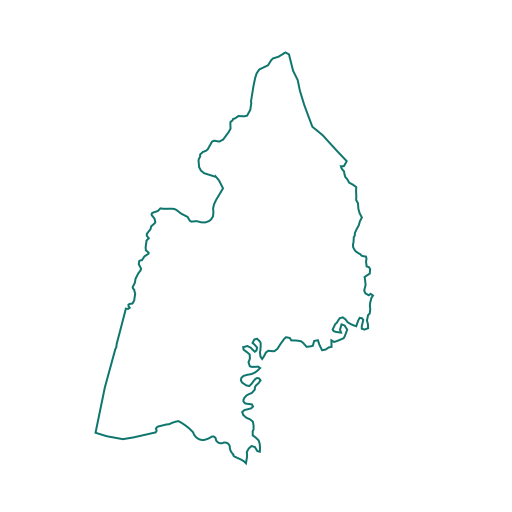 the district of Koundara, Koundara, Guinea, rotated 281°
{"feature_id": "49546643B96982587885478", "entity_name": "Koundara", "entity_type": "district", "adm_level": 2, "iso_a3": "GIN", "parent_name": "Guinea", "parent_adm1": "Koundara", "projection": "mercator", "projection_center": [-13.495, 12.338], "detail": "fine", "context": "isolated", "style": "outline", "palette": "teal", "viewbox_px": 512, "rotation_deg": 281, "n_neighbors": 0, "source": "geoboundaries", "source_scale": "gbopen_adm2", "svg_char_len": 5954}
<svg xmlns="http://www.w3.org/2000/svg" viewBox="0 0 512 512"><g transform="rotate(281 256 256)"><path d="M366.6,326.7L370.7,320.9L374.7,315.3L380.7,307.2L387.3,298.4L393.6,286.7L404.3,280.1L413.7,274.4L426.7,267.5L436.6,263.4L445.0,257.0L460.2,249.9L461.4,246.1L460.4,244.8L460.2,244.8L455.8,239.9L453.2,235.0L451.2,233.6L445.5,231.4L439.8,223.7L435.5,221.8L430.5,221.2L421.6,221.1L406.6,221.6L405.2,222.2L398.4,222.5L392.1,220.5L390.9,217.9L390.0,212.0L387.0,209.1L386.2,207.4L384.5,207.0L382.8,205.4L380.9,205.6L376.1,206.7L372.4,205.5L364.0,201.5L361.3,198.1L361.2,192.9L359.9,191.0L351.6,188.3L349.8,186.9L347.9,183.9L344.9,181.8L342.9,182.2L340.4,181.4L338.6,181.4L332.4,183.2L329.4,185.6L327.4,189.2L326.0,201.3L326.3,201.3L323.3,205.1L316.5,210.4L316.0,210.7L303.9,206.3L303.3,206.1L298.9,205.0L294.6,204.8L290.6,205.9L286.6,206.2L283.1,204.8L281.3,203.2L279.3,199.9L278.6,195.9L278.9,191.1L277.4,185.9L278.0,184.3L281.3,181.4L283.3,174.5L286.0,169.1L286.6,166.7L286.2,163.6L284.7,156.4L284.5,153.1L281.4,151.0L278.5,145.9L277.0,145.5L276.2,145.8L273.4,149.2L270.0,150.7L268.8,150.3L265.2,147.5L262.2,147.3L256.9,144.6L255.1,144.9L252.9,147.4L250.3,145.6L243.4,146.0L240.6,146.8L238.8,150.0L237.7,150.0L234.4,146.6L230.1,144.8L229.5,143.1L228.6,142.3L225.6,142.5L221.6,145.6L220.1,145.5L216.5,143.8L210.8,142.1L206.6,142.2L202.0,140.9L201.0,141.2L199.3,143.1L198.6,143.2L196.0,144.6L189.0,144.9L185.8,143.8L184.8,141.1L183.9,140.1L182.5,140.4L181.1,141.9L179.7,140.6L179.5,138.3L164.4,137.4L143.0,136.0L139.9,136.3L137.9,135.7L98.1,132.7L51.9,132.2L51.8,132.8L50.6,144.1L50.8,160.3L54.6,170.5L62.9,189.3L63.5,190.8L63.6,191.0L63.8,191.1L64.1,191.3L64.3,191.4L64.5,191.5L64.8,191.6L65.0,191.7L65.4,191.7L65.6,191.7L65.8,191.6L66.2,191.5L66.5,191.4L66.8,191.2L67.0,191.0L67.3,190.7L67.6,190.8L67.8,190.9L68.1,191.0L68.5,191.1L68.7,191.3L69.0,191.4L69.3,191.7L69.5,191.9L69.7,192.1L69.9,192.4L70.1,192.8L73.7,200.6L73.8,201.2L74.0,201.8L74.2,202.3L74.4,202.9L74.7,203.4L75.1,204.0L75.6,204.6L76.0,205.1L77.9,208.5L79.1,211.2L78.7,212.8L78.2,214.2L77.7,215.5L77.0,217.2L76.3,218.9L75.6,220.2L75.0,221.5L74.1,223.1L73.3,224.4L72.5,225.6L71.7,226.8L70.8,228.0L70.3,228.3L69.8,228.6L69.4,228.9L68.9,229.3L68.5,229.6L68.0,230.1L67.6,230.6L67.2,231.1L66.8,231.6L66.5,232.0L66.3,232.5L66.1,232.9L65.9,233.4L65.7,233.8L65.5,234.3L65.4,234.9L65.2,235.6L65.1,236.2L65.1,236.9L65.1,237.6L65.1,238.4L65.2,239.0L65.3,239.5L65.4,239.8L65.9,240.9L66.3,241.7L66.7,242.5L67.3,243.4L67.8,244.2L68.5,245.1L69.2,245.9L69.9,246.6L70.1,246.8L70.2,247.1L70.4,247.4L70.5,247.7L70.6,248.1L70.7,248.5L70.6,249.0L70.6,249.3L70.5,249.5L70.4,249.9L70.3,250.1L70.2,250.3L70.0,250.6L69.8,250.8L69.6,250.9L69.3,251.2L69.0,251.4L68.7,251.5L68.3,251.6L68.1,251.6L67.8,251.8L67.5,252.0L67.3,252.2L67.0,252.5L66.7,252.7L66.5,253.0L66.3,253.3L66.1,253.6L65.9,254.0L65.8,254.3L65.6,254.7L65.5,255.0L65.4,255.6L65.4,256.0L65.4,256.3L65.4,256.9L65.4,257.3L65.5,257.6L65.7,258.2L65.9,258.7L66.1,259.1L66.3,259.4L66.5,259.6L66.7,260.1L66.8,260.4L66.9,260.7L67.0,261.3L67.0,261.6L67.0,262.0L67.0,262.5L67.0,262.9L66.9,263.2L66.7,263.7L66.6,264.1L66.4,264.4L66.3,264.7L66.1,264.9L65.9,265.2L65.6,265.5L65.4,265.7L65.1,265.9L64.9,266.1L64.6,266.3L64.3,266.4L64.0,266.6L63.5,266.7L62.9,266.9L62.5,267.0L61.9,267.2L61.4,267.4L60.7,267.8L60.0,268.2L59.7,268.5L59.2,268.9L58.7,269.3L58.2,269.8L57.8,270.3L57.4,270.8L57.2,271.2L56.8,271.7L56.2,271.7L55.8,271.9L55.3,272.4L55.0,273.2L54.2,276.5L53.5,279.4L53.1,280.8L52.3,283.0L52.1,283.5L51.7,284.0L51.2,284.8L50.6,285.7L57.6,285.5L61.9,284.4L65.6,285.6L68.6,287.9L68.3,291.3L64.8,294.5L64.6,297.1L67.9,296.7L72.0,295.6L75.5,293.8L77.8,290.2L79.3,287.0L83.3,286.2L85.4,286.7L89.4,285.9L92.8,284.5L94.4,281.6L95.5,277.1L97.6,273.7L100.2,272.2L102.6,274.1L104.0,277.2L105.6,280.4L107.6,281.8L109.6,280.2L109.2,275.2L109.3,273.2L110.8,271.5L112.1,271.1L114.8,271.7L117.6,273.6L119.4,275.9L120.7,278.0L124.6,280.3L126.8,280.0L128.8,280.6L131.6,282.7L134.8,284.2L136.4,282.4L136.5,280.5L135.3,278.9L132.8,277.5L129.6,276.0L127.1,274.3L127.1,271.2L129.1,266.5L131.0,264.9L133.6,264.9L135.9,266.6L137.8,270.3L139.3,274.3L141.5,277.3L144.1,279.6L146.8,281.4L147.8,279.3L146.8,275.4L146.3,272.4L146.7,270.9L150.3,268.9L154.0,269.6L158.1,268.6L159.7,265.9L161.6,261.8L164.0,260.8L166.0,264.7L165.0,268.3L163.3,270.7L161.8,273.1L163.4,274.5L166.4,274.5L168.7,271.5L170.0,269.2L173.7,270.3L175.0,272.8L172.8,276.2L171.4,277.2L168.4,277.8L164.7,278.2L161.9,278.3L158.1,279.6L156.1,281.7L159.2,283.0L163.1,284.1L165.3,286.1L165.7,290.3L166.1,292.2L169.0,294.8L173.0,296.3L176.2,297.7L180.2,299.6L182.0,301.0L182.0,304.8L179.9,306.7L180.3,309.0L180.8,312.7L180.9,316.5L179.8,318.7L176.5,323.0L177.6,326.5L178.7,328.9L183.7,329.3L185.1,332.9L181.4,334.9L179.4,336.3L176.1,338.9L177.4,342.1L180.1,344.8L181.2,347.5L187.6,346.1L186.5,349.1L188.6,352.7L192.0,357.7L194.4,358.5L201.1,359.6L204.7,356.2L205.2,353.0L199.8,352.5L197.0,354.1L196.7,349.0L197.1,346.5L198.5,345.3L204.0,346.7L206.0,348.1L209.0,349.2L210.9,350.1L212.3,352.9L210.9,355.9L208.4,358.7L207.1,362.4L206.6,364.7L206.2,367.8L212.0,368.6L215.1,369.6L215.1,372.0L213.7,373.5L210.6,373.4L207.3,373.2L204.8,373.7L204.5,376.6L206.5,379.8L210.1,379.0L213.9,377.2L219.4,377.3L221.2,378.6L225.5,378.3L229.1,377.2L231.8,377.0L236.9,377.3L239.5,378.4L240.7,375.7L239.0,374.2L240.1,370.7L242.6,368.8L248.5,369.1L252.5,367.9L256.1,366.6L257.9,368.4L260.4,371.0L264.8,370.6L266.6,369.0L266.9,366.6L271.3,365.1L274.3,365.0L276.4,364.1L276.3,361.6L276.4,359.7L277.6,358.1L278.3,356.0L279.6,352.9L281.5,351.0L283.5,349.5L285.9,349.0L288.2,349.1L293.1,348.4L294.7,349.0L297.6,348.7L301.6,349.7L305.7,351.0L310.1,351.4L314.0,352.6L317.7,349.6L321.8,347.5L327.3,346.0L329.9,343.7L334.0,343.0L338.1,342.0L342.8,341.2L344.5,337.5L345.8,333.4L348.7,331.0L350.7,328.5L353.3,327.2L355.9,326.2L358.1,323.4L360.3,322.2L360.9,325.1L365.4,326.7L366.5,326.6L366.6,326.7Z" fill="none" stroke="#0f766e" stroke-width="2"/></g></svg>